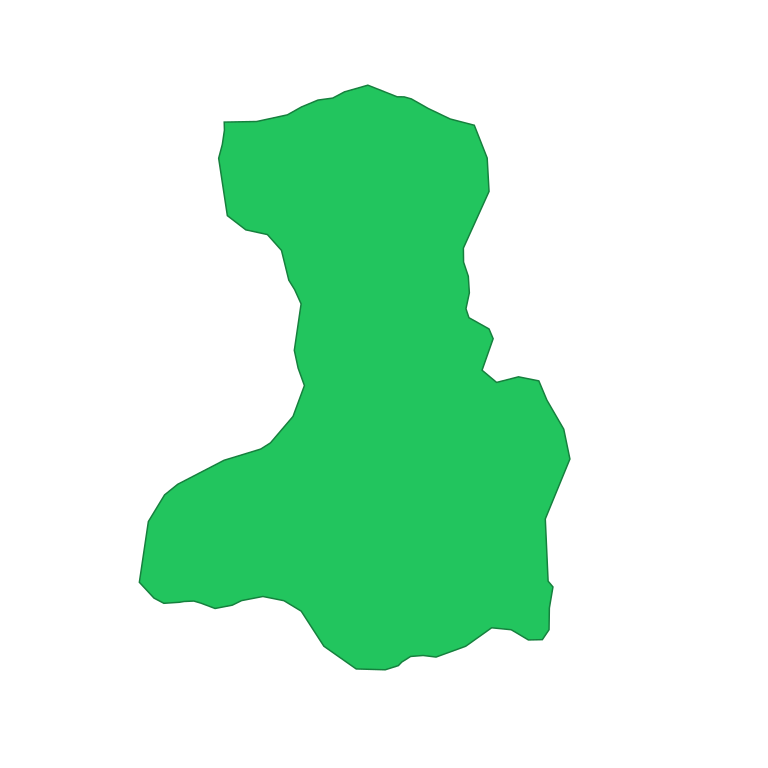 outline of Mus, rotated 288°
{"feature_id": "TUR-2310", "entity_name": "Mus", "entity_type": "Province", "adm_level": 1, "iso_a3": "TUR", "parent_name": "Turkey", "parent_adm1": "", "projection": "mercator", "projection_center": [41.844, 39.013], "detail": "fine", "context": "isolated", "style": "filled", "palette": "green", "viewbox_px": 768, "rotation_deg": 288, "n_neighbors": 0, "source": "natural_earth", "source_scale": "10m", "svg_char_len": 1167}
<svg xmlns="http://www.w3.org/2000/svg" viewBox="0 0 768 768"><g transform="rotate(288 384 384)"><path d="M357.9,308.8L372.6,297.4L388.3,288.3L434.6,280.4L446.1,269.9L453.3,261.4L479.4,245.2L490.1,226.9L487.9,204.9L495.7,183.0L547.6,157.0L561.9,156.2L576.1,153.8L583.7,151.1L594.3,181.8L610.1,208.9L622.1,220.0L633.6,233.4L640.1,246.9L649.7,256.2L663.2,276.3L661.2,307.8L663.3,314.4L663.6,321.9L659.7,340.9L656.5,365.0L658.0,389.9L630.8,412.3L599.6,424.4L537.8,417.5L524.5,422.0L512.5,430.9L497.1,437.0L480.9,438.7L473.3,444.3L468.8,466.9L460.8,473.8L427.4,473.0L420.3,490.6L432.4,509.7L434.8,530.3L419.0,543.9L396.6,568.9L370.1,584.0L305.5,579.1L247.2,601.0L243.2,607.4L222.0,610.5L201.3,616.9L189.8,613.6L185.2,600.4L189.6,580.9L185.4,561.7L159.9,542.8L140.4,517.9L137.9,505.1L133.1,493.5L125.0,486.8L120.6,484.7L112.6,473.5L104.4,445.6L116.0,407.9L142.4,375.4L147.0,355.8L144.5,334.5L134.0,315.5L126.8,308.1L118.3,292.7L119.0,277.7L118.8,270.2L115.4,261.1L113.2,256.9L107.4,242.4L109.3,231.4L119.8,212.6L180.4,202.4L210.8,209.6L224.9,218.8L262.0,255.4L284.0,286.8L292.9,294.2L325.1,307.5L357.9,308.8Z" fill="#22c55e" stroke="#15803d" stroke-width="1.5"/></g></svg>